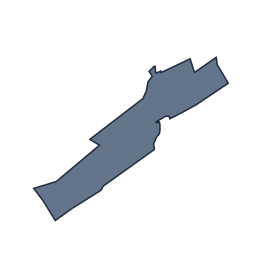 Santo Domingo Chihuitán, Oaxaca, Mexico (Equal Earth projection), rotated 235°
{"feature_id": "50627088B14972424911021", "entity_name": "Santo Domingo Chihuitán", "entity_type": "district", "adm_level": 2, "iso_a3": "MEX", "parent_name": "Mexico", "parent_adm1": "Oaxaca", "projection": "equal_earth", "projection_center": [-95.174, 16.63], "detail": "fine", "context": "isolated", "style": "filled", "palette": "slate", "viewbox_px": 256, "rotation_deg": 235, "n_neighbors": 0, "source": "geoboundaries", "source_scale": "gbopen_adm2", "svg_char_len": 1216}
<svg xmlns="http://www.w3.org/2000/svg" viewBox="0 0 256 256"><g transform="rotate(235 128 128)"><path d="M132.6,16.1L116.8,16.7L93.9,15.3L94.2,35.0L92.5,69.8L92.7,70.9L93.9,73.1L94.6,74.0L95.3,137.4L96.2,138.0L97.1,138.4L98.7,139.0L99.8,139.6L100.7,140.3L101.4,141.2L101.7,142.4L102.2,143.1L103.4,144.9L104.2,146.2L104.6,147.5L104.7,148.4L104.8,149.3L105.3,150.1L105.4,150.3L105.8,151.0L106.8,151.9L107.5,152.5L108.7,153.6L110.0,154.2L111.3,155.4L112.4,156.0L114.3,157.0L115.3,157.0L115.6,156.7L115.3,155.8L115.7,154.9L116.3,154.5L116.7,154.5L117.0,154.6L116.0,165.7L114.1,168.3L112.2,167.8L111.5,167.6L111.3,169.5L111.0,171.4L110.7,173.9L110.5,175.0L110.3,176.5L110.3,176.9L110.1,178.4L109.8,180.3L109.8,180.5L109.5,182.7L109.2,185.2L109.0,187.1L108.8,189.0L107.9,197.5L107.2,235.7L107.7,235.9L118.7,236.7L128.6,237.4L134.3,240.3L135.3,240.7L135.4,214.3L149.1,218.6L149.1,218.2L149.2,217.7L154.4,186.9L155.7,187.4L155.8,187.5L156.6,183.5L156.7,182.9L157.3,182.4L159.2,183.4L163.1,185.6L163.5,184.9L162.3,177.8L158.4,177.6L156.4,177.4L154.3,170.8L147.8,164.3L144.6,158.7L143.6,157.9L143.5,156.4L143.5,156.0L140.6,90.2L130.3,94.8L125.3,38.7L132.6,16.1Z" fill="#64748b" stroke="#1e293b" stroke-width="1.5"/></g></svg>